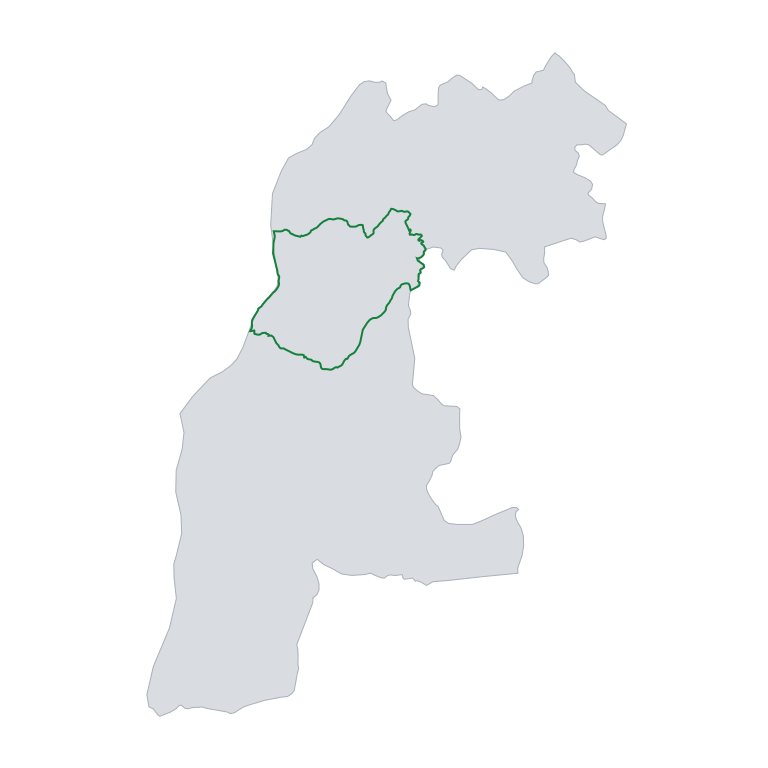 Republic of the Congo, with Plateaux highlighted, rotated 174°
{"feature_id": "COG-3346", "entity_name": "Plateaux", "entity_type": "Region", "adm_level": 1, "iso_a3": "COG", "parent_name": "Republic of the Congo", "parent_adm1": "", "projection": "mercator", "projection_center": [15.163, -2.009], "detail": "fine", "context": "in_parent", "style": "outline", "palette": "green", "viewbox_px": 768, "rotation_deg": 174, "n_neighbors": 0, "source": "natural_earth", "source_scale": "10m", "svg_char_len": 9526}
<svg xmlns="http://www.w3.org/2000/svg" viewBox="0 0 768 768"><g transform="rotate(174 384 384)"><path d="M115.7,617.4L120.0,606.3L123.2,601.2L127.0,597.7L142.5,589.0L144.8,589.3L155.5,600.6L158.9,601.5L162.7,601.2L167.2,601.7L169.4,599.4L169.7,596.5L166.5,593.3L166.0,589.8L168.3,586.0L169.6,581.8L172.9,576.8L173.3,574.5L169.8,572.0L162.6,568.1L157.6,564.4L155.7,560.8L157.1,556.2L161.1,552.5L160.8,550.5L157.3,547.1L154.8,543.5L152.1,541.3L144.9,540.0L146.3,535.1L149.0,528.1L149.6,522.7L147.6,508.4L147.8,505.8L149.7,504.5L154.1,506.1L158.4,508.3L170.3,505.2L174.4,504.7L177.9,507.4L182.6,509.5L210.0,503.6L210.5,497.6L212.1,492.1L212.3,488.0L211.1,485.4L209.8,483.4L209.0,479.3L208.9,474.9L211.6,472.8L220.3,467.6L223.0,467.8L229.1,470.6L234.8,475.1L239.9,484.5L243.4,492.6L249.0,502.4L261.0,506.4L275.2,509.0L282.9,508.3L293.9,499.9L300.2,493.4L302.2,489.9L305.8,491.7L309.9,500.3L312.5,503.6L313.2,506.8L311.3,510.8L313.1,513.3L320.8,515.1L327.5,513.4L330.5,509.9L335.6,505.4L335.6,501.5L332.9,499.0L332.9,495.6L335.7,492.9L338.4,485.5L339.3,480.1L341.9,476.6L346.9,474.3L348.7,472.1L351.6,459.3L350.1,454.7L350.1,450.8L353.3,445.9L353.9,437.9L350.7,406.3L355.7,381.0L355.2,377.8L351.7,373.8L347.3,370.3L336.1,367.3L331.9,362.6L328.6,357.6L326.2,356.0L313.9,354.1L311.2,351.3L312.3,343.2L313.4,331.3L313.0,323.0L315.2,316.4L317.6,311.4L323.1,306.1L325.9,299.8L327.5,298.3L337.8,297.2L341.5,294.6L344.5,292.0L345.7,288.4L349.2,282.6L352.4,278.6L352.7,275.9L352.0,272.1L348.9,264.8L345.2,258.6L342.9,256.4L338.4,242.0L334.2,238.5L326.0,236.7L310.6,235.1L301.3,237.7L287.1,242.5L269.3,247.8L265.1,247.3L263.2,245.1L266.0,243.2L267.3,238.8L265.6,232.5L262.8,226.7L261.3,218.6L262.0,208.6L264.6,199.1L270.3,186.9L270.6,181.8L305.0,182.1L341.8,181.9L355.9,182.3L362.7,179.2L369.2,184.0L372.3,185.0L373.4,184.6L375.9,188.0L383.9,187.7L385.2,188.5L385.9,192.5L393.3,192.4L397.0,193.4L400.0,193.3L404.3,190.9L407.4,191.7L413.1,194.7L417.1,197.4L422.8,196.5L435.9,197.0L446.0,199.5L456.0,206.6L462.7,210.6L468.7,216.6L471.0,215.5L474.2,213.2L474.2,208.0L470.8,199.3L469.5,191.9L470.2,185.8L472.8,181.4L477.1,178.7L477.6,174.1L498.1,133.8L497.4,129.2L497.9,122.2L498.9,114.5L498.6,109.9L500.0,106.8L505.3,88.5L508.2,85.5L512.7,83.3L519.2,83.3L536.3,81.8L552.2,78.8L557.5,77.5L567.5,72.6L571.3,72.4L574.6,74.3L593.9,79.8L599.2,82.0L601.1,81.7L604.0,82.1L608.5,82.2L612.9,81.5L615.7,82.2L619.3,85.9L621.6,85.5L624.7,82.8L630.5,80.1L641.7,77.0L643.5,78.4L647.4,85.1L651.5,87.4L652.3,99.9L642.9,127.2L622.9,163.7L612.9,192.5L613.0,213.5L611.9,226.8L608.6,234.8L600.8,256.6L599.6,275.3L602.4,298.2L599.7,319.9L591.5,340.5L588.0,356.6L590.0,376.0L575.0,392.2L556.1,408.3L543.8,412.9L534.3,418.4L527.5,424.5L520.4,435.3L509.1,458.4L503.2,468.5L495.5,477.2L484.1,487.7L479.9,492.7L478.2,500.0L479.0,513.3L480.1,553.8L475.0,585.0L463.8,606.6L455.4,618.7L446.9,622.4L435.9,625.6L430.5,629.7L427.3,635.8L421.1,641.0L412.0,645.5L400.5,656.5L386.6,674.1L377.1,684.2L371.9,686.8L366.7,687.0L361.2,684.9L356.6,684.6L354.3,685.6L350.7,683.1L350.7,679.1L350.1,672.4L347.4,665.5L353.5,655.7L353.0,653.5L350.1,650.0L346.9,644.9L343.9,645.3L337.5,649.1L330.8,652.2L324.6,653.4L317.0,658.2L312.8,658.2L310.5,656.4L305.3,654.6L302.6,655.2L301.0,656.1L299.7,667.8L298.7,672.9L296.9,675.3L289.1,677.8L283.9,681.3L279.3,683.6L276.5,683.0L265.4,674.1L259.4,666.8L255.9,666.7L254.8,669.0L253.1,667.9L247.6,663.1L241.1,655.4L238.7,654.2L235.2,654.3L229.5,657.2L224.0,661.6L213.9,665.6L205.5,667.9L204.8,670.7L202.8,675.4L200.1,678.4L192.6,679.4L190.0,683.6L183.6,691.8L179.3,695.6L178.2,694.0L175.6,692.0L170.4,685.6L165.2,677.7L163.8,674.1L162.3,672.0L162.1,664.1L154.2,654.6L134.6,637.8L132.5,632.8L115.7,617.4Z" fill="#d9dde1" stroke="#a8b0b8" stroke-width="1"/><path d="M511.5,450.6L510.1,452.8L509.5,454.0L509.2,455.2L509.1,456.0L509.1,458.4L508.7,460.5L507.8,462.4L502.1,469.8L501.9,470.1L501.5,470.9L501.3,471.9L500.9,472.1L499.6,473.1L498.5,473.5L498.2,473.7L497.5,474.3L496.4,475.7L491.9,480.1L488.9,482.4L484.9,486.3L482.8,487.6L481.1,489.2L479.3,491.5L478.4,493.0L477.9,494.6L478.0,496.3L478.1,496.9L478.1,497.3L477.2,500.5L477.0,501.7L477.3,502.8L477.9,503.8L478.1,504.2L478.2,504.8L478.3,508.3L480.7,525.5L479.1,536.1L477.4,541.2L477.3,542.2L477.2,543.2L477.7,547.4L474.8,547.1L473.2,546.8L471.4,546.6L470.8,546.6L470.0,546.6L468.6,546.9L468.0,547.2L467.5,547.4L467.3,547.6L467.1,547.7L466.9,547.8L466.0,547.7L464.8,547.5L464.3,547.3L463.9,547.0L463.7,546.7L463.4,546.5L463.1,546.3L462.8,546.1L462.4,546.0L462.2,545.7L461.9,544.6L461.7,544.3L461.4,544.0L461.2,543.8L460.7,543.2L460.1,542.8L459.7,542.8L459.4,542.6L459.1,542.4L458.2,541.8L457.4,541.2L455.4,540.4L454.6,540.3L453.7,539.8L452.5,539.5L452.2,539.2L451.8,539.1L451.4,539.4L450.9,540.0L450.6,540.2L449.9,539.8L449.4,539.6L444.8,540.6L444.1,540.9L443.0,541.4L442.2,542.0L441.6,542.4L441.3,542.7L441.1,543.0L440.8,543.6L440.7,544.0L440.4,544.3L439.9,544.5L439.0,544.7L438.6,544.8L438.3,545.0L437.9,545.3L437.7,545.4L437.1,545.7L435.5,546.1L434.8,546.4L433.8,547.0L433.4,547.4L432.6,548.1L432.3,548.3L432.0,548.5L431.5,549.0L430.5,549.9L429.9,550.3L429.5,550.5L427.7,551.7L426.8,552.1L421.7,553.9L421.1,553.9L420.5,553.8L417.9,553.1L417.3,553.0L416.5,553.0L415.1,553.2L413.8,553.5L413.1,553.6L410.3,553.1L408.9,552.6L408.6,552.4L408.3,552.3L407.4,552.0L407.2,551.9L407.1,551.7L406.9,551.4L406.8,551.2L406.5,551.0L406.1,550.8L405.0,550.6L404.5,550.5L404.2,550.3L404.0,550.1L403.8,549.8L403.4,548.7L403.1,546.5L402.9,546.2L402.7,545.9L401.9,545.2L401.6,544.6L401.4,544.3L401.1,544.1L400.4,543.9L395.9,543.5L395.3,543.5L393.8,544.2L392.3,544.7L391.0,544.7L389.6,544.6L388.9,544.4L388.5,544.1L388.4,543.7L388.4,543.3L388.6,542.6L388.6,542.4L388.6,542.1L388.1,539.7L388.1,537.9L388.0,537.4L387.9,537.0L387.8,536.7L387.6,536.4L387.1,536.0L386.8,535.7L386.7,535.4L386.8,534.2L386.8,533.8L386.6,533.5L386.2,532.9L385.7,531.9L385.5,531.6L385.2,531.4L384.7,531.4L383.8,531.7L381.7,533.0L381.0,533.5L379.3,534.4L378.8,534.8L378.6,535.2L378.5,535.6L378.5,536.9L378.5,537.2L378.2,538.1L378.1,538.5L377.9,538.8L377.1,539.4L376.5,539.9L374.0,541.3L373.1,542.1L373.0,542.3L372.6,542.9L370.5,544.8L368.5,546.2L368.3,546.4L368.1,546.6L368.0,546.8L367.7,547.7L367.5,547.9L367.4,548.1L366.2,548.9L365.6,549.3L363.9,551.0L362.7,551.8L362.4,552.0L362.2,552.2L361.2,554.1L360.7,554.7L359.6,555.8L358.8,557.2L358.5,557.5L357.9,557.4L356.8,557.1L354.8,556.0L353.9,555.4L353.4,555.0L353.2,554.7L352.9,554.5L352.6,554.3L352.1,554.2L349.7,554.2L348.9,554.4L348.4,554.4L347.9,554.2L346.3,553.3L345.4,553.1L343.1,553.3L341.7,552.7L339.9,550.3L340.3,549.6L340.4,549.3L340.7,548.9L341.1,548.4L342.0,547.8L342.2,547.5L342.4,547.2L342.5,546.9L342.7,546.1L342.9,545.6L343.3,545.2L343.8,544.9L344.8,544.3L345.3,544.0L345.7,543.5L345.8,542.8L345.6,541.8L343.3,535.4L343.1,534.3L343.0,533.9L342.7,533.9L342.0,534.6L341.7,534.8L341.4,534.5L341.5,533.8L341.7,533.1L342.6,531.4L342.9,530.8L342.8,530.3L342.6,529.8L341.6,529.6L341.0,529.8L340.3,529.7L339.7,529.4L339.1,529.1L338.5,529.0L337.9,529.1L336.6,529.8L336.0,529.8L335.4,529.7L334.7,529.2L334.1,529.0L333.5,528.9L332.3,528.9L331.8,528.8L331.4,528.4L331.1,527.9L330.9,527.4L331.2,527.0L332.2,526.2L333.1,525.4L334.1,524.7L334.6,524.3L334.8,523.8L334.7,523.2L333.9,522.7L333.4,522.8L333.0,523.0L332.7,523.3L332.3,523.3L331.8,523.1L330.7,522.3L330.3,521.9L330.1,521.4L330.5,521.0L331.5,520.7L331.8,520.6L332.1,520.4L332.3,520.1L332.2,519.7L331.9,519.2L329.9,517.3L329.2,515.3L328.4,514.2L328.9,513.0L329.5,512.3L330.2,511.8L330.7,511.2L330.7,509.3L331.0,508.6L331.6,507.9L332.9,506.8L333.6,506.3L334.3,506.0L337.7,505.2L338.0,505.4L337.5,503.1L332.1,498.5L331.8,496.1L332.8,495.3L335.3,494.4L336.2,493.4L336.2,492.9L335.8,491.6L335.9,490.9L336.3,490.5L337.5,490.1L338.0,489.6L338.3,488.6L338.7,484.8L339.2,483.4L339.3,482.7L338.9,482.1L338.3,481.7L338.0,481.3L337.9,480.8L338.3,480.2L338.3,479.3L338.4,478.7L338.8,478.2L339.3,477.7L347.6,474.4L347.8,474.9L348.1,478.7L348.5,480.1L349.0,481.0L349.6,481.4L350.7,481.7L351.8,481.8L352.4,481.8L353.0,481.8L355.7,481.2L356.2,481.0L356.7,480.6L357.0,480.3L357.2,480.0L357.7,478.8L358.1,478.4L358.7,478.0L359.4,477.8L360.6,477.3L361.7,476.5L363.3,475.0L366.1,471.1L366.4,470.6L367.2,468.4L367.6,467.9L369.0,466.3L369.8,464.9L370.5,464.1L372.5,462.2L373.0,461.5L373.9,460.0L374.1,459.4L374.4,457.7L374.9,456.9L375.9,455.8L379.4,452.9L380.3,452.3L383.8,450.7L384.4,450.6L385.0,450.5L387.8,450.7L388.7,450.5L390.6,449.7L391.7,449.1L394.4,446.5L399.4,440.2L403.1,428.5L404.5,425.5L409.2,419.3L410.7,418.0L414.3,416.5L415.9,415.5L416.4,414.8L417.3,413.5L417.8,412.9L418.1,412.8L418.9,413.1L419.2,413.0L420.4,412.0L421.4,410.8L423.5,407.7L424.6,406.8L427.1,405.9L428.1,405.4L428.6,405.2L428.9,405.3L429.6,405.7L430.0,405.7L431.2,405.4L433.3,404.3L434.4,403.9L435.8,403.8L439.6,404.8L442.5,405.1L443.7,405.4L444.6,406.3L445.0,407.7L445.0,409.4L445.3,411.0L446.4,412.4L447.8,412.9L451.1,413.7L452.6,414.3L453.1,414.8L453.3,415.3L453.7,415.7L457.0,416.7L457.5,416.9L458.6,418.4L459.1,419.2L459.7,419.2L460.5,418.7L460.7,419.4L460.8,421.1L462.1,421.7L466.7,422.2L469.0,423.0L471.2,424.1L479.1,429.1L479.5,429.5L480.0,429.9L482.8,430.2L483.2,430.5L483.8,431.0L484.1,431.5L485.2,433.9L486.8,435.9L489.1,442.2L490.9,443.9L493.9,444.0L493.5,445.2L494.4,445.9L495.7,446.2L495.9,446.6L496.1,447.2L497.6,447.4L499.5,447.4L500.7,447.0L502.0,446.2L503.5,446.1L504.9,446.4L507.0,447.3L507.3,447.2L507.4,447.3L507.7,448.1L507.6,449.1L507.3,450.1L507.5,450.8L509.1,450.6L511.4,450.6L511.5,450.6Z" fill="none" stroke="#15803d" stroke-width="2"/></g></svg>